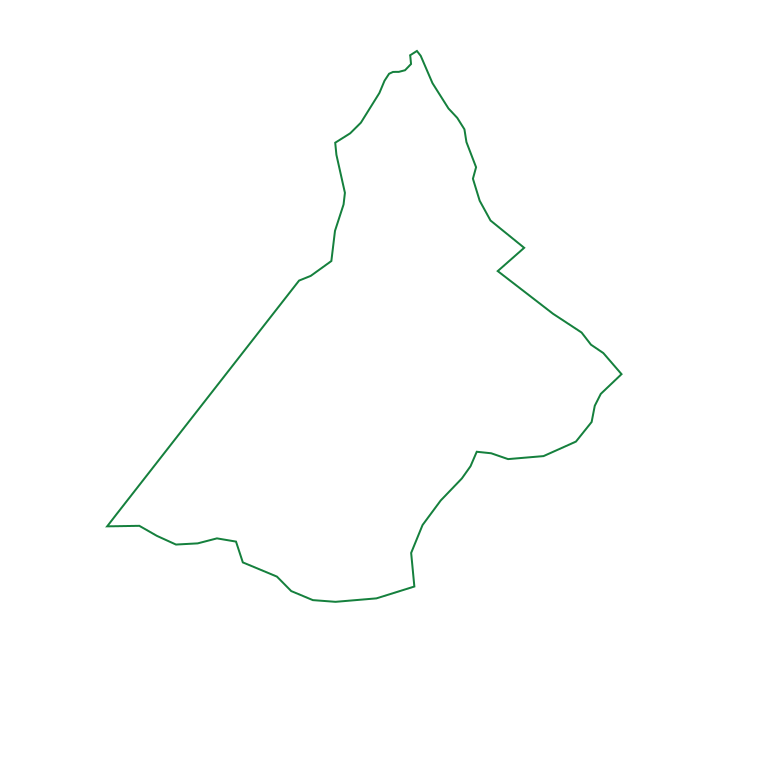 map outline of Isingiro (Natural Earth projection), rotated 128°
{"feature_id": "UGA-3370", "entity_name": "Isingiro", "entity_type": "County", "adm_level": 1, "iso_a3": "UGA", "parent_name": "Uganda", "parent_adm1": "", "projection": "natural_earth1", "projection_center": [30.796, -0.839], "detail": "fine", "context": "isolated", "style": "outline", "palette": "green", "viewbox_px": 768, "rotation_deg": 128, "n_neighbors": 0, "source": "natural_earth", "source_scale": "10m", "svg_char_len": 994}
<svg xmlns="http://www.w3.org/2000/svg" viewBox="0 0 768 768"><g transform="rotate(128 384 384)"><path d="M108.9,565.8L101.3,563.1L102.8,557.1L117.1,531.0L127.2,502.8L129.2,490.1L133.8,477.4L142.6,468.0L156.5,444.9L167.5,440.3L180.7,421.4L189.6,400.7L190.4,357.4L225.0,363.9L224.6,294.1L221.8,260.0L225.6,245.1L224.6,230.2L230.0,202.9L258.3,207.1L271.4,204.5L286.1,197.0L311.2,197.3L342.6,213.9L366.8,240.0L372.6,256.9L380.3,269.2L395.5,265.2L410.5,264.5L440.9,267.6L471.4,266.8L500.4,258.6L524.9,235.4L557.6,258.0L585.5,288.1L598.1,307.0L604.3,329.6L601.7,349.8L611.5,385.4L599.3,403.6L608.5,420.6L624.3,432.7L638.6,449.1L643.5,469.5L646.4,489.5L659.5,505.7L666.6,514.5L652.0,514.6L525.7,514.6L399.4,514.6L354.8,514.6L343.9,508.3L319.5,501.2L293.5,516.9L267.4,526.4L257.4,532.5L232.7,562.6L223.9,571.0L207.3,565.0L192.3,563.1L157.5,566.8L144.7,570.3L136.4,571.0L132.5,569.0L128.9,564.5L123.8,560.6L115.2,559.7L109.7,564.9L108.9,565.8Z" fill="none" stroke="#15803d" stroke-width="2"/></g></svg>